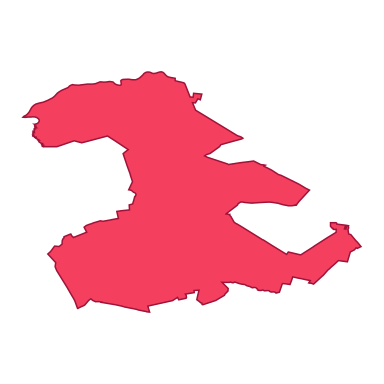 outline of Trikātas pag., Beverinas, Latvia
{"feature_id": "27541924B26543314591182", "entity_name": "Trikātas pag.", "entity_type": "district", "adm_level": 2, "iso_a3": "LVA", "parent_name": "Latvia", "parent_adm1": "Beverinas", "projection": "robinson", "projection_center": [25.698, 57.552], "detail": "fine", "context": "isolated", "style": "filled", "palette": "rose", "viewbox_px": 384, "rotation_deg": 0, "n_neighbors": 0, "source": "geoboundaries", "source_scale": "gbopen_adm2", "svg_char_len": 5667}
<svg xmlns="http://www.w3.org/2000/svg" viewBox="0 0 384 384"><path d="M149.6,312.1L147.8,306.1L172.6,300.6L177.5,297.4L178.8,299.8L186.0,298.3L186.5,297.6L186.2,295.4L185.4,294.1L194.3,292.6L194.0,290.5L199.0,290.2L197.6,296.0L196.8,299.7L199.4,301.6L201.0,303.0L201.9,303.0L202.1,304.5L202.9,304.7L215.7,300.5L224.4,295.3L224.6,295.1L225.0,294.0L226.7,292.4L227.4,291.6L227.5,291.4L227.8,291.3L228.0,290.9L227.9,290.7L228.0,290.2L228.2,288.5L222.0,282.3L223.5,282.4L228.8,282.4L230.8,282.1L231.5,282.5L232.3,282.7L233.5,282.7L234.8,282.0L239.0,283.5L241.4,284.1L245.0,284.6L246.7,285.7L249.8,286.5L252.1,287.7L253.2,287.7L253.8,287.4L255.5,287.6L256.3,288.0L256.8,288.7L257.3,288.9L257.9,289.9L257.8,290.0L258.3,290.3L260.6,290.5L261.4,290.4L262.6,290.0L263.6,290.3L264.2,290.8L264.7,290.8L267.6,290.6L268.8,290.6L269.0,290.7L269.5,291.3L270.1,291.6L271.0,292.0L273.8,291.9L275.1,292.2L275.7,292.6L276.0,293.1L279.4,292.2L282.3,283.7L282.5,283.6L285.5,283.8L290.0,284.5L291.3,281.2L292.3,278.2L292.6,276.9L310.2,280.6L308.7,282.9L309.9,283.2L310.1,282.9L313.6,284.1L322.5,275.9L323.1,275.5L327.9,270.0L329.0,269.2L331.5,266.8L335.2,263.6L338.4,260.6L347.4,261.8L350.3,252.0L354.5,249.8L356.1,247.8L357.3,248.4L361.0,246.6L357.5,242.3L355.8,240.6L350.8,234.6L348.7,234.0L348.0,229.7L348.7,227.8L348.3,227.0L348.6,225.7L346.8,225.4L345.9,229.2L344.4,228.9L345.6,225.2L336.8,224.1L336.7,223.2L336.0,222.7L330.5,222.7L330.5,226.3L331.9,228.0L333.0,228.4L332.9,228.9L333.8,229.5L336.2,229.3L336.1,232.3L327.0,237.9L314.4,246.0L312.6,247.3L300.7,254.9L288.3,252.0L286.6,254.4L271.9,245.4L263.4,240.0L262.5,239.7L241.9,226.9L237.1,224.0L236.3,223.7L234.3,222.4L233.7,221.5L230.9,216.5L229.5,215.1L229.8,214.4L226.0,214.0L226.1,213.8L237.2,205.3L237.7,204.7L238.0,203.8L240.5,202.1L242.3,202.0L244.9,202.5L251.6,203.1L266.2,202.2L269.5,202.1L271.6,202.3L277.8,203.2L282.9,204.7L288.6,205.8L291.4,205.8L296.0,205.2L295.8,204.9L296.4,204.9L298.7,201.8L309.5,190.1L305.8,188.3L299.0,184.2L281.0,175.3L278.5,174.6L271.6,170.1L263.8,166.2L263.7,166.0L265.2,165.2L263.8,164.9L260.8,164.6L253.6,161.0L248.7,161.7L241.0,162.6L228.6,164.5L227.1,163.8L207.7,157.4L204.6,155.9L206.3,154.7L210.2,153.4L219.6,146.6L220.8,144.7L232.6,141.4L241.9,138.9L242.9,138.2L241.3,137.1L240.0,136.5L237.9,135.9L236.6,135.2L195.6,110.2L192.5,102.7L195.4,102.9L197.9,98.8L200.3,99.8L201.8,94.1L193.6,93.3L193.1,97.2L190.1,97.0L185.0,84.1L184.4,83.2L183.7,82.8L182.7,82.5L175.4,80.8L175.1,80.4L175.2,78.3L170.8,77.5L168.6,77.0L167.5,76.6L166.0,75.4L164.4,73.6L163.6,72.8L162.7,72.2L161.7,71.9L160.3,71.9L158.5,72.3L156.0,73.2L153.5,73.5L152.4,73.3L149.9,72.2L148.1,72.0L146.8,72.1L145.4,72.6L143.9,73.6L142.6,75.2L139.5,78.0L137.6,79.0L135.9,79.7L134.3,79.8L131.0,79.6L129.7,79.3L128.2,79.2L123.1,79.4L122.1,79.7L120.9,80.5L120.9,81.4L121.3,84.1L121.0,84.9L120.4,85.2L119.6,85.3L117.3,84.9L116.0,84.4L114.9,83.8L113.0,82.0L111.2,81.7L109.7,81.5L105.5,82.1L103.4,82.1L101.3,81.9L100.0,81.9L95.7,83.6L93.4,84.0L91.6,84.1L89.9,84.1L87.4,84.1L80.0,85.0L78.9,85.2L74.6,85.0L72.5,84.6L71.4,85.0L69.9,85.7L69.2,86.3L68.4,87.2L67.7,87.7L61.5,90.4L58.6,92.2L57.4,93.1L54.5,96.3L52.5,97.9L47.8,100.3L43.2,102.2L39.5,103.0L36.0,104.0L34.0,105.2L32.7,106.4L31.6,107.6L29.0,112.3L27.1,114.4L26.1,115.2L23.9,116.3L23.0,117.2L24.0,117.3L26.3,117.3L27.2,117.1L31.8,117.0L32.3,116.8L35.1,117.0L37.1,117.7L38.8,119.2L39.1,120.1L39.3,120.9L39.2,121.3L38.2,122.8L37.1,123.6L35.4,124.1L34.8,124.3L34.5,124.3L34.8,124.5L35.2,125.3L35.5,125.3L34.8,125.5L35.1,126.0L34.9,126.2L34.8,126.5L35.0,126.6L35.5,126.6L35.7,126.2L36.0,126.2L35.8,126.8L35.7,126.9L35.3,126.9L35.2,127.0L36.1,127.6L35.1,127.6L35.3,127.9L35.5,128.0L35.4,128.4L35.6,128.8L35.4,128.9L35.1,128.5L34.9,128.5L34.4,128.7L34.2,128.8L34.3,129.2L34.1,129.3L34.1,129.5L34.3,129.7L34.3,130.2L33.8,131.2L33.4,131.2L33.6,131.5L34.3,131.3L34.2,131.7L33.7,131.8L34.0,132.1L33.4,132.2L33.8,132.6L33.1,132.6L32.8,132.9L32.8,133.2L32.9,133.5L33.6,134.2L33.5,134.4L32.9,134.7L33.2,134.9L33.3,135.1L32.7,135.4L32.7,135.6L32.7,135.9L33.4,135.9L33.2,136.2L33.3,136.3L33.6,136.3L34.0,136.6L34.2,136.4L34.4,136.5L34.4,136.8L34.9,137.2L34.8,137.5L35.0,137.6L35.4,137.5L35.6,137.3L35.6,137.1L36.2,137.2L36.0,137.7L36.2,137.9L36.0,138.3L36.4,138.4L37.2,139.0L37.4,139.6L38.1,139.6L38.1,139.9L38.7,139.9L38.7,140.2L39.0,140.3L38.5,140.5L38.4,140.8L38.6,141.0L38.9,141.5L39.3,141.9L39.3,142.2L40.2,142.6L40.9,143.2L41.4,143.3L41.2,143.4L41.3,143.6L41.6,143.3L42.0,143.4L42.1,143.7L42.0,143.9L42.1,144.0L42.8,144.1L42.8,144.3L42.4,144.4L42.3,144.6L41.6,144.6L41.6,144.8L43.4,145.3L42.2,146.2L42.2,146.3L42.3,146.4L42.8,146.5L43.5,146.8L43.6,146.7L56.9,146.7L74.1,140.8L81.8,142.8L107.5,136.0L116.2,141.6L128.2,149.6L124.6,152.4L123.1,153.7L127.4,166.5L130.4,174.7L130.3,174.9L132.5,181.7L128.7,189.8L130.0,190.0L131.3,190.4L132.0,190.9L132.6,191.5L133.5,192.2L134.9,192.8L135.6,193.5L136.0,194.4L135.9,194.9L135.3,196.5L134.9,196.4L134.7,196.6L133.8,200.1L132.6,204.0L129.2,204.9L129.5,209.9L120.8,210.8L116.8,211.4L118.4,218.4L103.0,221.3L100.4,220.8L93.3,222.9L91.5,223.7L89.4,224.3L86.3,225.5L84.1,227.2L86.7,232.2L73.4,237.5L72.9,236.8L71.5,235.6L70.9,234.1L70.4,234.1L64.0,236.7L64.0,237.7L63.1,238.7L62.3,240.3L62.1,242.7L62.1,244.1L59.1,246.5L54.6,246.1L50.6,251.5L47.8,254.0L51.4,257.9L55.7,262.6L55.1,266.7L56.7,270.6L66.8,286.9L72.3,296.4L73.0,297.5L74.8,300.8L77.5,308.3L77.8,308.5L79.3,307.6L83.5,305.7L84.7,305.1L85.5,304.2L88.6,300.5L90.8,298.8L92.7,300.4L95.5,301.7L98.8,301.6L101.8,302.1L101.5,302.4L115.8,304.8L122.1,306.2L124.7,307.0L135.9,309.2L138.9,310.1L142.8,310.9L146.1,311.5L146.7,311.8L149.6,312.1Z" fill="#f43f5e" stroke="#9f1239" stroke-width="1.5"/></svg>